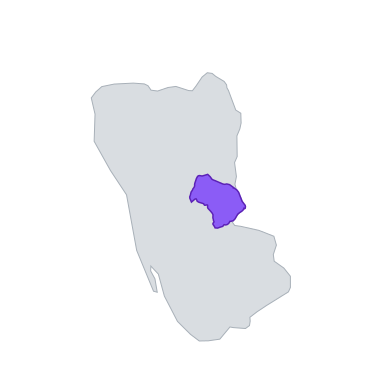 Cabañas highlighted on a map of El Salvador, rotated 47°
{"feature_id": "SLV-1344", "entity_name": "Cabañas", "entity_type": "Department", "adm_level": 1, "iso_a3": "SLV", "parent_name": "El Salvador", "parent_adm1": "", "projection": "equal_earth", "projection_center": [-88.722, 13.882], "detail": "fine", "context": "in_parent", "style": "filled", "palette": "violet", "viewbox_px": 384, "rotation_deg": 47, "n_neighbors": 0, "source": "natural_earth", "source_scale": "10m", "svg_char_len": 2456}
<svg xmlns="http://www.w3.org/2000/svg" viewBox="0 0 384 384"><g transform="rotate(47 192 192)"><path d="M139.6,95.4L142.6,96.1L161.9,104.1L167.7,102.6L175.0,109.0L178.5,114.0L181.6,120.9L196.9,134.8L199.5,140.8L211.0,149.0L215.6,155.3L220.4,157.9L230.0,160.3L238.2,163.6L239.2,165.9L239.9,175.2L241.7,183.1L245.6,183.6L250.3,179.8L265.6,169.3L280.2,162.3L288.4,166.5L293.2,175.2L298.7,179.1L310.2,176.7L320.7,177.5L328.9,185.1L330.8,189.6L325.8,215.0L324.0,225.9L323.1,235.1L326.1,237.5L328.9,241.1L328.3,246.0L319.4,254.2L316.6,256.3L318.6,272.0L312.0,281.5L305.9,288.3L295.1,290.2L276.8,290.9L249.3,283.2L229.1,272.6L218.1,272.6L221.6,276.1L230.2,278.3L241.6,285.8L238.3,287.8L197.0,272.3L149.4,241.8L120.8,237.0L88.2,229.0L68.9,209.8L54.5,201.5L53.2,194.2L53.4,186.1L60.0,175.3L72.3,160.7L80.4,153.2L84.2,151.7L89.6,152.5L94.7,148.3L99.2,138.3L103.8,131.8L115.5,125.3L118.2,122.7L117.3,117.1L114.8,106.2L115.2,99.5L119.0,96.4L123.6,95.8L133.1,93.1L137.2,93.6L139.6,95.4Z" fill="#d9dde1" stroke="#a8b0b8" stroke-width="1"/><path d="M217.5,158.5L217.5,158.8L218.2,158.4L221.2,157.8L224.1,158.1L232.9,161.7L238.0,162.2L239.2,162.9L240.2,164.2L240.1,164.7L240.1,165.1L239.9,165.3L239.4,165.2L239.5,165.5L240.1,167.2L240.0,169.1L239.6,171.0L239.4,173.3L239.7,174.7L241.0,178.8L241.1,181.3L240.0,183.6L239.8,183.8L239.3,184.4L240.0,186.4L239.9,188.2L239.1,189.8L237.8,190.8L238.1,193.0L237.0,195.2L235.9,197.8L234.0,199.6L232.9,199.2L230.0,198.7L229.6,198.5L229.4,198.2L229.2,197.9L229.1,197.5L229.0,196.7L228.8,196.3L228.5,196.1L227.7,195.8L227.4,195.7L226.6,195.1L225.4,194.5L225.1,194.3L223.0,192.2L222.7,192.1L221.4,191.7L219.8,191.6L219.1,191.5L215.4,191.5L214.5,191.4L214.0,191.2L212.3,189.6L211.9,189.7L211.5,190.0L210.9,191.0L210.6,191.5L210.2,191.8L209.5,191.8L208.6,191.5L207.9,191.8L204.3,193.9L203.1,194.3L202.3,194.5L201.1,194.0L200.5,193.8L199.7,193.7L199.4,194.3L199.2,194.8L199.0,199.3L195.0,197.8L194.0,197.0L193.8,196.6L193.1,195.2L192.0,193.6L191.5,192.7L191.2,192.1L191.1,191.0L190.9,190.4L190.3,189.1L190.2,188.4L190.1,187.7L189.7,186.5L189.1,185.7L188.2,184.9L187.5,183.9L185.2,179.7L184.7,178.3L184.4,177.3L184.4,176.9L184.5,176.4L184.6,176.1L184.8,175.7L185.0,175.5L185.2,175.2L186.8,174.0L187.2,173.6L187.6,173.0L187.9,172.3L188.1,172.0L189.8,168.5L193.2,168.3L196.3,168.7L197.8,168.2L199.6,167.3L206.7,164.2L208.1,163.4L208.9,162.6L209.8,161.1L212.2,159.5L217.5,158.5Z" fill="#8b5cf6" stroke="#5b21b6" stroke-width="1.5"/></g></svg>